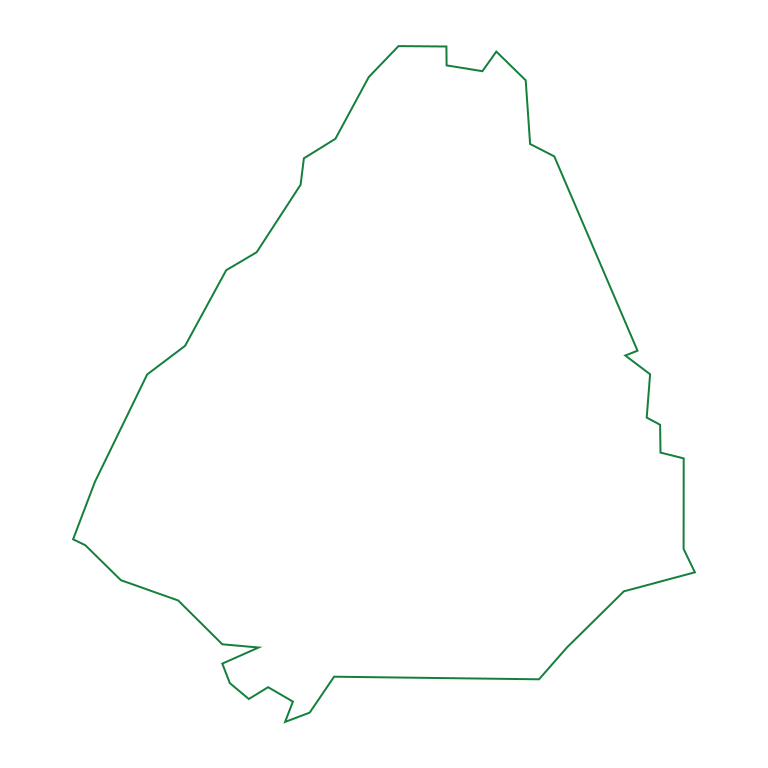 the district of McMinn, Tennessee, United States of America
{"feature_id": "52423323B39062108095107", "entity_name": "McMinn", "entity_type": "district", "adm_level": 2, "iso_a3": "USA", "parent_name": "United States of America", "parent_adm1": "Tennessee", "projection": "natural_earth1", "projection_center": [-84.621, 35.443], "detail": "fine", "context": "isolated", "style": "outline", "palette": "green", "viewbox_px": 768, "rotation_deg": 0, "n_neighbors": 0, "source": "geoboundaries", "source_scale": "gbopen_adm2", "svg_char_len": 645}
<svg xmlns="http://www.w3.org/2000/svg" viewBox="0 0 768 768"><path d="M566.9,647.5L623.9,591.3L694.9,572.3L683.6,549.0L683.7,458.4L660.5,452.6L660.1,424.8L646.7,417.6L650.1,374.3L625.3,355.5L637.5,350.7L554.3,156.4L530.1,144.0L525.7,80.3L496.3,51.6L482.4,71.2L446.6,65.4L446.4,46.5L398.5,46.1L368.8,77.0L335.4,138.8L303.9,158.3L300.6,184.7L256.7,252.2L226.2,270.2L185.1,345.8L147.2,374.4L94.9,481.9L73.1,539.3L85.4,545.3L120.9,580.2L178.2,600.5L222.3,644.3L258.6,647.5L222.3,663.6L229.8,683.1L248.8,699.0L268.1,687.2L292.9,701.6L285.1,721.9L309.7,712.6L334.1,676.7L539.0,679.3L566.9,647.5Z" fill="none" stroke="#15803d" stroke-width="2"/></svg>